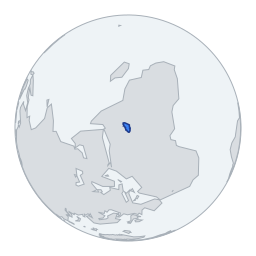 globe centered on Jonglei, rotated 201°
{"feature_id": "SDS-870", "entity_name": "Jonglei", "entity_type": "State", "adm_level": 1, "iso_a3": "SSD", "parent_name": "South Sudan", "parent_adm1": "", "projection": "orthographic", "projection_center": [31.68, 7.658], "detail": "fine", "context": "on_globe", "style": "filled", "palette": "blue", "viewbox_px": 256, "rotation_deg": 201, "n_neighbors": 0, "source": "natural_earth", "source_scale": "10m", "svg_char_len": 8452}
<svg xmlns="http://www.w3.org/2000/svg" viewBox="0 0 256 256"><g transform="rotate(201 128 128)"><circle cx="128" cy="128" r="113" fill="#eef3f6" stroke="#a8b0b8"/><path d="M77.2,27.4L74.5,28.9L71.0,30.9L69.4,31.8L72.6,30.2L65.7,34.6L60.7,38.9L59.0,40.3L56.0,41.9L56.7,40.8L55.9,41.5L62.6,36.3L69.8,31.6L77.2,27.4ZM54.2,42.9L55.0,42.3L50.5,46.3L49.7,47.2L49.7,47.3L51.2,46.0L49.7,47.5L47.0,49.8L47.7,49.0L48.5,48.2L49.2,47.5L49.4,47.3L54.2,42.9ZM16.4,112.8L16.0,116.7L16.5,121.6L16.6,126.8L16.4,129.6L17.0,131.0L17.0,132.9L21.2,138.3L24.9,144.5L25.7,151.3L24.7,158.1L28.3,173.9L27.6,177.5L30.5,183.7L34.7,191.1L30.3,184.1L26.5,176.8L23.2,169.3L20.5,161.6L18.3,153.6L16.7,145.6L15.8,137.4L15.4,129.2L15.6,121.0L16.4,112.8ZM96.4,20.0L97.0,19.7L98.8,19.2L96.4,20.0ZM105.2,17.7L104.0,18.0L102.4,18.4L100.7,18.8L102.7,18.2L105.2,17.7ZM108.3,17.1L109.3,16.9L108.3,17.1L108.3,17.1ZM109.8,16.8L111.4,16.6L110.0,16.8L109.6,16.9L109.8,16.8ZM113.8,16.4L109.5,17.0L108.6,17.1L112.9,16.4L113.8,16.4ZM213.4,54.6L214.1,55.4L214.9,56.3L220.4,63.6L220.6,63.9L217.7,59.9L216.5,58.5L214.7,56.2L215.7,58.0L213.1,54.8L215.1,58.2L217.3,60.7L217.4,60.0L220.3,64.7L223.8,69.3L227.2,75.2L231.3,86.2L231.0,89.9L231.6,91.9L229.9,89.9L230.0,94.1L235.0,105.2L235.7,108.6L234.8,115.5L234.3,113.0L229.9,107.5L230.7,115.7L234.2,122.0L235.4,130.0L233.5,127.8L232.1,120.9L230.5,118.8L229.7,111.6L226.0,101.5L224.0,103.8L223.0,99.7L217.7,91.8L214.2,95.0L209.3,107.0L210.6,117.8L208.1,122.9L200.2,108.0L196.8,97.9L193.9,99.1L185.9,91.2L172.0,91.7L170.1,89.2L167.5,90.6L161.8,88.3L158.8,84.2L155.4,84.7L163.4,95.4L167.1,95.0L170.1,90.6L171.7,94.6L177.1,97.9L171.1,108.1L150.5,117.9L148.5,109.9L133.1,88.7L133.6,86.3L133.5,86.1L133.4,85.6L131.9,89.5L129.3,85.5L137.4,100.0L138.8,106.5L150.2,118.4L149.1,119.7L152.8,122.2L164.6,118.6L164.7,121.3L159.1,134.2L142.7,151.9L144.9,163.4L143.8,173.2L133.7,179.9L134.8,187.3L129.6,190.0L129.4,194.1L125.3,198.6L118.4,202.7L106.5,202.7L105.7,199.0L99.6,191.7L91.0,173.5L93.9,165.2L92.8,158.7L84.2,144.0L86.1,135.9L83.8,132.5L79.1,133.2L76.6,129.1L73.7,128.9L56.3,131.0L51.2,125.5L45.4,109.1L48.7,102.9L49.5,95.6L72.2,72.4L76.7,73.9L94.2,71.3L96.3,72.2L93.9,77.5L106.8,84.4L111.3,79.9L123.3,83.6L131.5,83.4L135.1,73.4L121.6,73.4L119.7,68.6L130.7,64.4L142.5,65.0L142.1,63.3L134.9,59.3L137.9,56.1L132.5,57.7L134.5,59.5L131.1,60.7L129.1,59.2L130.2,58.0L126.7,57.2L122.2,63.5L123.7,66.0L114.5,67.2L116.1,71.6L113.5,73.7L109.7,67.1L110.3,64.7L103.0,58.0L101.5,60.5L108.3,67.2L106.1,66.6L104.2,70.7L103.8,67.2L96.8,59.8L88.6,61.4L77.7,71.3L73.0,72.2L69.4,70.1L73.9,60.1L83.8,59.5L85.5,56.4L84.0,52.1L87.1,52.5L87.7,50.8L91.5,50.6L97.3,46.8L101.2,46.4L104.0,41.8L106.3,41.1L104.1,43.9L104.6,45.9L114.4,45.7L116.4,44.8L117.4,41.9L119.9,42.4L119.6,39.7L125.5,38.8L118.1,37.8L119.1,35.0L122.8,33.0L121.8,32.1L115.7,35.4L114.4,37.0L115.5,38.5L110.9,43.4L107.4,44.2L107.2,38.9L102.3,39.8L104.2,35.8L119.6,28.3L125.8,27.2L135.0,30.6L133.3,32.1L129.2,31.5L132.6,34.4L132.5,33.0L134.7,33.6L136.1,31.5L137.7,31.9L136.4,29.5L138.5,29.7L139.3,31.2L143.2,28.9L147.7,29.2L147.9,28.5L146.7,27.7L153.2,28.9L153.0,28.4L150.8,27.8L149.0,26.4L148.3,24.7L150.6,25.1L151.2,25.8L155.7,28.3L156.8,30.4L157.7,30.5L157.3,28.8L151.7,25.7L150.7,24.6L153.6,25.8L152.4,25.3L152.6,24.9L155.0,25.0L151.9,23.7L150.9,19.9L155.3,20.2L158.0,21.5L159.7,20.5L164.5,21.8L162.5,21.1L162.0,20.7L160.5,20.2L159.4,19.9L158.8,19.7L166.6,22.2L174.2,25.3L181.6,28.9L188.7,33.1L195.4,37.8L201.8,42.9L207.8,48.5L213.4,54.6ZM64.1,84.2L63.4,86.3L64.1,84.2ZM154.9,71.3L162.0,71.6L158.8,65.5L161.3,65.3L159.4,63.4L158.6,65.1L153.8,60.2L156.9,58.5L156.1,56.1L153.6,55.9L148.8,59.9L155.6,66.7L153.9,69.2L154.9,71.3ZM50.7,46.1L50.9,46.0L50.5,46.4L50.0,46.9L50.7,46.1ZM53.6,45.2L51.0,47.8L52.5,46.1L51.1,47.0L52.5,45.0L58.1,40.9L55.3,43.0L53.6,45.2ZM55.9,41.6L54.4,43.0L55.8,41.6L55.9,41.6ZM87.3,43.1L88.4,44.0L86.7,45.8L81.7,47.2L84.1,44.5L87.3,43.1ZM90.4,45.0L91.5,39.9L94.6,39.1L92.7,40.3L94.6,40.3L92.0,42.4L93.9,47.0L92.5,49.0L84.1,49.9L87.6,48.4L86.3,47.4L90.4,45.0ZM88.9,31.2L89.4,29.8L95.5,29.8L94.3,31.2L89.3,32.4L87.8,31.5L88.9,31.2ZM86.9,23.1L87.4,22.9L88.3,22.6L86.7,23.2L86.5,23.3L86.9,23.1ZM82.8,24.8L85.9,23.6L87.4,23.0L92.2,21.2L92.7,21.0L98.5,19.3L99.2,19.1L95.9,20.0L96.5,19.9L88.4,22.8L87.8,23.0L83.8,25.0L80.6,26.2L83.3,24.8L77.9,27.4L79.0,26.7L75.5,28.5L81.8,25.3L82.8,24.8ZM116.7,18.4L114.3,18.3L116.2,19.3L112.9,19.6L113.3,19.7L110.8,20.3L108.5,21.4L107.1,21.5L106.8,21.9L105.2,22.4L104.3,23.1L101.4,23.5L100.1,24.4L99.5,24.1L98.0,25.6L97.8,24.8L95.7,25.6L97.0,26.0L83.6,28.4L78.2,30.7L73.7,33.2L74.0,31.8L78.3,28.8L84.5,25.5L89.7,23.8L88.8,23.7L91.1,22.9L90.8,23.3L92.6,22.2L94.4,21.8L99.8,19.9L101.3,19.0L103.3,18.5L103.6,18.6L105.5,18.0L107.4,17.9L108.9,17.6L112.4,17.4L112.1,18.1L113.8,17.7L116.5,17.7L116.7,18.4ZM114.7,16.3L115.2,16.7L113.6,17.2L108.2,17.4L106.6,17.7L103.1,18.2L105.5,17.6L106.2,17.5L107.5,17.3L106.3,17.5L108.3,17.2L109.4,17.0L111.3,16.8L110.9,16.9L114.7,16.3ZM99.0,70.2L100.7,70.5L103.4,70.2L102.2,73.0L99.0,70.2ZM94.0,65.2L95.6,64.9L95.3,68.3L93.5,68.2L94.0,65.2ZM96.8,62.0L95.7,64.6L95.2,63.1L96.8,62.0ZM105.5,43.6L107.2,43.2L107.3,43.9L106.2,44.9L105.5,43.6ZM121.5,22.6L120.4,22.2L121.0,22.0L120.7,20.7L123.1,20.6L124.2,21.3L121.5,22.6ZM132.6,75.1L130.1,77.0L128.9,76.1L130.0,75.6L132.6,75.1ZM115.3,74.9L119.1,76.2L114.9,75.7L115.3,74.9ZM124.1,22.3L123.7,21.7L125.1,22.0L124.1,22.3ZM124.8,20.4L126.6,20.6L123.3,20.4L124.8,20.4ZM173.1,219.7L173.4,220.7L171.8,221.0L173.1,219.7ZM163.0,171.0L155.1,188.2L149.9,188.4L148.9,183.6L151.9,173.2L158.1,170.1L161.2,165.3L163.0,171.0ZM238.9,147.9L239.0,147.2L238.9,147.5L238.9,147.9ZM239.1,145.6L238.8,146.8L239.1,145.6ZM239.3,145.3L239.3,145.6L239.3,145.2L239.3,145.3ZM238.8,145.8L236.6,146.5L235.3,145.5L235.9,143.5L237.9,143.4L238.8,145.8ZM235.8,143.5L233.5,138.6L228.4,124.0L230.3,123.9L235.2,132.4L235.0,134.1L236.4,138.0L235.8,143.5ZM240.2,132.2L239.8,137.3L238.9,137.3L238.3,136.7L237.9,130.5L238.1,127.2L238.7,127.1L239.5,115.7L240.0,118.1L240.1,122.8L240.5,126.9L240.2,132.2ZM211.1,118.8L213.7,125.0L212.1,126.3L211.1,118.8ZM238.7,108.1L239.1,112.9L238.4,106.5L238.7,108.1ZM237.6,102.2L238.1,104.5L237.5,102.3L237.6,102.2ZM232.6,95.0L232.1,95.8L231.5,94.2L231.9,92.3L232.6,95.0ZM229.8,80.3L231.8,84.9L232.4,86.5L231.2,83.8L229.8,80.3ZM143.9,22.4L141.7,24.1L141.7,25.8L144.2,27.1L139.8,26.2L139.8,23.7L143.9,22.4ZM149.8,20.0L147.6,19.2L149.2,19.3L149.9,19.6L149.8,20.0ZM148.1,19.7L144.3,19.2L143.4,18.7L146.6,19.1L148.1,19.7ZM134.2,20.1L133.4,20.6L132.2,20.3L134.2,20.1ZM220.3,192.5L220.5,192.2L222.8,188.8L228.1,179.1L231.1,172.6L233.3,167.9L229.7,176.4L225.3,184.7L220.3,192.5ZM240.5,134.2L240.5,133.3L240.1,139.1L240.4,134.2L240.6,128.2L240.6,125.7L240.6,125.4L240.6,126.8L240.6,127.9L240.6,130.9L240.6,130.4L240.5,134.2ZM239.7,113.2L239.8,114.0L239.6,112.6L239.7,113.2ZM238.9,108.4L239.0,109.0L238.8,107.6L238.9,108.4ZM238.8,107.7L238.2,104.9L238.3,105.2L238.8,107.7ZM237.8,102.8L237.3,101.5L234.8,92.8L234.8,92.5L236.7,98.9L237.6,102.2L237.8,102.8ZM158.6,19.7L157.4,19.3L158.2,19.5L158.6,19.7ZM154.3,18.5L154.2,18.5L153.3,18.3L154.3,18.5ZM154.3,18.7L153.8,18.4L155.6,19.0L154.3,18.7Z" fill="#d9dde1" stroke="#a8b0b8" stroke-width="1"/><path d="M130.6,127.4L130.6,127.5L130.8,127.7L131.0,127.7L131.0,127.8L131.3,127.9L131.5,127.8L131.8,127.9L131.9,128.0L132.0,128.0L132.3,128.2L132.5,128.5L132.6,128.8L132.8,129.0L132.9,128.9L132.9,129.0L133.0,129.2L133.1,129.3L133.4,129.4L133.5,129.5L133.6,129.8L133.8,129.8L133.9,130.0L134.0,130.0L134.0,130.3L134.2,130.5L134.3,130.9L134.3,131.0L132.9,131.7L129.0,131.5L128.0,131.4L127.9,131.4L127.8,131.1L127.7,131.0L127.7,130.9L127.6,130.7L127.5,130.4L127.4,130.3L127.3,130.2L127.2,130.0L127.2,129.9L127.0,129.7L126.9,129.6L126.8,129.4L126.7,129.4L126.4,129.2L126.2,129.0L126.1,128.9L126.0,128.7L125.9,128.5L125.9,128.4L125.8,128.2L125.7,128.1L125.7,127.9L125.8,127.8L125.8,127.7L125.7,127.7L125.8,127.7L125.7,127.6L125.6,127.3L125.5,127.2L125.4,127.1L125.3,126.9L125.3,126.7L125.4,126.4L125.3,126.2L125.3,125.9L125.2,125.9L125.2,125.7L125.1,125.4L125.2,125.2L125.3,125.2L125.4,124.9L125.4,124.7L125.5,124.6L125.5,124.4L125.8,124.3L126.0,124.3L126.3,124.4L126.5,124.4L126.9,124.5L127.2,124.6L127.3,124.6L127.5,124.7L128.4,125.5L128.5,125.6L128.9,125.5L129.1,125.3L129.3,125.3L129.4,125.5L129.5,125.6L129.8,126.2L129.9,126.3L130.1,126.5L130.3,126.6L130.4,126.8L130.3,127.0L130.3,127.3L130.6,127.4L130.6,127.4Z" fill="#3b82f6" stroke="#1e3a8a" stroke-width="1.5"/></g></svg>